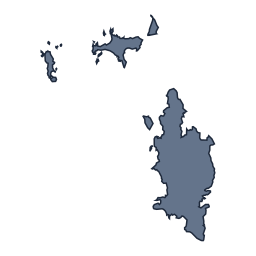 Ko Kut, Trat, Thailand (Albers equal-area conic projection)
{"feature_id": "78962969B85434613183217", "entity_name": "Ko Kut", "entity_type": "district", "adm_level": 2, "iso_a3": "THA", "parent_name": "Thailand", "parent_adm1": "Trat", "projection": "albers", "projection_center": [102.496, 11.71], "detail": "fine", "context": "isolated", "style": "filled", "palette": "slate", "viewbox_px": 256, "rotation_deg": 0, "n_neighbors": 0, "source": "geoboundaries", "source_scale": "gbopen_adm2", "svg_char_len": 5764}
<svg xmlns="http://www.w3.org/2000/svg" viewBox="0 0 256 256"><path d="M158.7,171.4L161.4,176.7L161.5,178.7L162.2,179.3L161.7,181.3L163.6,183.3L166.2,183.1L167.5,187.9L166.9,189.9L167.6,194.5L166.5,195.8L165.5,195.4L165.4,197.0L164.9,197.6L162.9,197.0L160.2,197.7L158.0,197.6L156.7,199.9L155.9,200.3L157.0,200.4L160.0,199.6L160.8,200.8L160.6,203.1L159.4,204.5L158.1,203.2L154.3,204.6L153.2,206.3L153.4,208.0L154.0,208.8L156.6,209.3L162.2,208.8L163.6,209.4L165.3,211.0L166.5,213.3L166.8,215.2L168.0,214.6L169.0,215.0L169.1,215.8L168.5,216.2L168.9,218.0L169.5,218.6L169.5,216.2L171.8,214.2L172.5,215.1L174.5,214.3L176.8,216.2L176.2,217.8L178.9,218.4L180.7,217.6L182.0,216.0L183.4,216.4L187.0,220.0L186.3,225.5L185.9,226.6L184.6,227.7L184.7,229.5L185.8,230.0L186.5,231.6L189.8,231.8L191.7,232.9L197.0,238.3L201.3,240.5L203.2,240.6L203.7,239.8L204.3,235.3L203.6,235.1L203.3,233.8L205.1,228.3L204.7,226.8L203.3,225.4L204.4,225.0L203.7,223.5L203.8,221.2L203.1,216.6L205.7,214.0L206.0,210.3L205.5,208.4L209.0,207.0L209.2,206.2L208.4,204.5L205.5,204.5L200.9,207.9L198.8,206.8L199.5,206.3L199.4,202.5L200.0,201.3L201.8,201.5L202.3,200.4L202.0,199.2L203.4,198.6L204.5,198.9L205.2,198.4L204.4,197.7L203.5,197.6L202.4,196.0L203.7,195.3L205.4,195.2L206.2,194.5L207.2,194.8L208.2,194.3L210.5,192.1L210.4,191.0L207.8,190.5L206.4,191.2L204.7,190.5L204.7,189.9L207.0,188.3L208.5,188.2L211.3,186.1L212.8,182.0L212.5,180.4L214.2,177.5L213.9,175.5L214.8,172.8L214.2,170.6L214.5,168.9L212.9,166.3L212.6,163.8L211.0,160.6L210.8,157.9L208.7,153.3L209.8,150.2L209.8,146.0L211.0,145.0L212.8,144.9L214.4,143.9L211.9,138.9L208.7,135.7L208.1,137.2L207.1,137.8L206.9,140.1L201.1,140.0L200.0,138.7L199.7,137.6L199.9,133.0L197.8,132.5L196.6,131.1L196.0,128.8L193.2,126.7L192.5,126.8L192.3,129.6L191.1,130.1L190.2,129.6L189.5,130.4L187.7,130.4L186.7,129.0L186.5,134.7L184.7,135.1L183.6,136.5L181.2,137.4L181.6,136.0L181.0,135.0L181.9,131.3L180.7,129.2L181.1,127.9L179.9,126.3L180.4,124.3L181.7,123.8L182.6,122.4L181.3,118.7L182.1,116.5L183.9,116.8L183.0,113.4L183.8,112.8L184.6,113.1L185.0,112.2L186.5,111.4L183.0,108.5L183.1,104.8L180.0,99.4L179.1,99.5L178.2,99.0L177.5,97.6L177.1,92.6L176.1,90.8L173.7,88.6L169.6,90.0L168.2,92.1L167.1,95.2L166.5,95.4L166.6,96.0L168.0,96.8L168.2,99.0L167.4,103.6L168.9,104.2L169.3,107.3L167.2,107.7L163.6,110.7L163.5,112.2L164.9,113.5L163.7,115.9L163.0,116.1L161.0,115.5L159.4,117.3L159.4,119.2L160.5,121.6L160.6,123.6L162.9,126.3L162.7,129.6L164.3,131.4L163.6,134.6L162.2,134.8L161.3,137.0L160.4,137.4L160.8,138.2L159.4,137.9L157.8,138.4L157.2,137.7L158.0,136.7L156.6,136.3L155.1,137.0L154.2,138.9L154.3,146.3L156.2,147.5L156.1,150.3L157.2,149.7L158.9,152.8L158.5,155.1L157.6,156.3L157.9,158.2L158.4,159.6L159.1,159.9L159.4,161.4L156.5,163.0L155.9,165.0L151.8,168.7L152.5,169.0L154.0,168.5L155.5,170.0L156.8,169.7L157.3,170.6L158.7,171.4ZM113.0,31.5L112.9,28.8L111.7,30.0L110.7,30.0L110.6,29.4L110.1,30.7L110.0,31.6L110.6,31.4L111.0,32.0L110.3,33.6L111.2,34.4L112.0,38.8L111.6,40.5L109.7,43.1L106.4,45.0L105.1,43.9L100.3,46.6L97.8,46.1L97.4,42.7L95.9,44.2L96.5,45.2L96.0,45.8L93.8,45.7L93.1,44.4L92.6,46.6L93.2,46.9L93.0,49.7L92.3,50.5L92.3,51.2L92.6,52.2L93.3,52.4L93.5,54.2L95.2,54.3L95.8,53.2L94.8,52.6L95.1,51.5L96.1,50.7L96.6,50.9L97.8,49.7L101.0,50.2L105.1,49.4L110.1,50.8L113.6,53.0L115.2,54.9L116.7,55.6L117.1,56.8L117.8,56.2L118.3,56.4L118.8,57.6L118.0,58.7L118.3,59.9L119.2,60.0L118.8,61.0L120.3,61.3L120.7,60.5L121.9,60.6L124.0,67.4L124.4,67.6L126.3,62.1L124.1,59.4L123.1,55.1L123.8,53.1L124.7,52.8L124.3,51.1L124.8,50.1L126.2,48.6L127.4,48.1L129.3,48.0L132.2,49.1L136.0,48.1L136.6,48.6L136.5,50.9L137.3,50.7L140.0,47.6L139.6,45.9L141.1,44.4L141.0,42.9L142.6,40.0L139.6,38.4L138.1,36.8L136.0,37.1L132.6,38.6L130.2,37.7L128.9,38.6L125.0,38.8L123.7,38.3L123.8,37.3L122.9,38.3L122.6,37.9L121.3,38.5L120.0,38.4L119.5,37.0L117.5,36.9L117.4,35.6L116.5,35.0L116.1,35.9L115.0,35.9L114.2,35.6L114.1,35.1L113.5,35.3L112.2,34.6L111.8,33.0L113.0,31.5ZM48.6,51.7L47.9,51.0L47.5,51.7L46.3,51.6L44.9,54.5L45.3,60.9L46.8,62.9L48.1,63.3L47.8,67.2L47.2,68.2L48.2,71.1L47.5,73.4L48.1,75.5L49.0,76.1L49.1,77.7L49.6,78.0L50.9,76.3L52.0,76.2L50.7,75.2L50.7,73.2L51.5,71.5L53.6,70.9L53.5,69.5L52.6,68.0L52.5,64.9L54.3,63.5L54.6,62.4L52.8,61.3L53.3,59.0L50.5,54.3L50.0,51.8L48.6,51.7ZM156.2,33.5L156.2,31.4L158.3,27.4L156.9,25.5L154.7,20.0L152.9,17.9L152.6,20.5L149.5,29.3L149.3,31.4L147.9,34.3L147.9,35.3L148.4,35.3L148.6,34.6L149.7,34.8L149.7,35.2L156.6,33.8L156.2,33.5ZM146.4,116.8L143.6,116.0L143.1,116.3L144.8,119.3L145.0,122.8L147.7,127.7L149.6,129.6L153.0,123.5L150.2,118.0L148.7,117.3L148.5,116.2L146.4,116.8ZM55.6,81.4L56.5,79.4L55.7,77.4L53.3,77.3L50.7,78.6L50.8,79.7L52.3,81.6L55.6,81.4ZM98.0,59.1L97.0,59.2L97.2,59.7L96.1,61.5L96.7,63.5L97.6,61.7L98.7,61.0L98.0,59.1ZM101.5,54.1L101.8,53.2L101.5,52.3L100.4,53.6L99.0,54.2L98.2,55.4L98.2,56.7L101.5,54.1ZM149.9,151.3L151.6,148.2L151.2,146.8L152.2,146.4L152.1,145.9L151.3,146.1L150.2,147.4L149.9,151.3ZM104.4,35.5L104.5,34.8L105.4,34.1L104.8,33.7L103.9,31.2L103.4,33.0L103.8,35.2L104.4,35.5ZM49.3,44.2L49.6,42.8L48.6,41.7L48.0,42.2L48.0,43.3L49.3,44.2ZM42.7,52.9L42.6,52.2L41.2,51.1L41.2,52.2L42.7,52.9ZM61.3,46.0L61.6,44.9L61.4,44.3L60.6,44.6L60.3,45.4L60.6,46.1L61.3,46.0ZM43.5,54.5L43.9,53.7L42.9,53.0L42.5,54.1L43.5,54.5ZM43.2,55.8L42.0,55.4L41.4,55.8L41.7,56.4L42.6,56.6L43.2,55.8ZM57.5,46.2L56.7,46.6L56.6,47.0L57.2,47.2L57.8,46.7L57.5,46.2ZM55.1,72.0L55.4,71.2L54.7,71.0L54.5,71.6L55.1,72.0ZM56.4,69.5L56.7,68.8L56.4,68.4L55.9,69.0L56.4,69.5ZM56.8,48.3L56.8,47.9L55.9,47.1L55.9,47.6L56.8,48.3ZM94.4,41.9L93.7,41.6L94.1,42.4L94.4,41.9ZM152.5,17.6L152.5,17.0L152.1,16.6L151.9,16.9L152.5,17.6ZM151.1,16.1L151.3,15.6L150.9,15.4L150.8,15.8L151.1,16.1Z" fill="#64748b" stroke="#1e293b" stroke-width="1.5"/></svg>